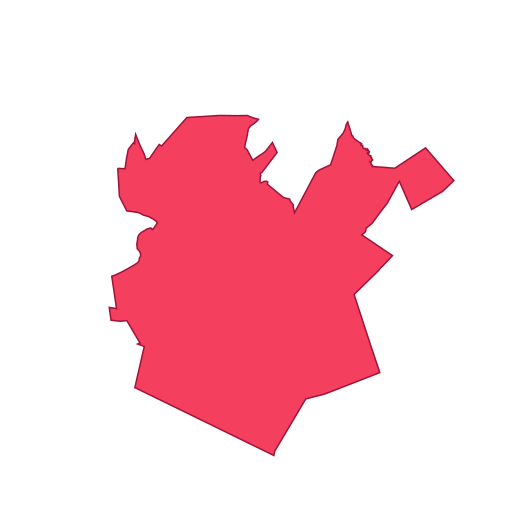 Maravilla Tenejapa, Chiapas, Mexico, rotated 26°
{"feature_id": "50627088B99031968227417", "entity_name": "Maravilla Tenejapa", "entity_type": "district", "adm_level": 2, "iso_a3": "MEX", "parent_name": "Mexico", "parent_adm1": "Chiapas", "projection": "albers", "projection_center": [-91.265, 16.214], "detail": "fine", "context": "isolated", "style": "filled", "palette": "rose", "viewbox_px": 512, "rotation_deg": 26, "n_neighbors": 0, "source": "geoboundaries", "source_scale": "gbopen_adm2", "svg_char_len": 4841}
<svg xmlns="http://www.w3.org/2000/svg" viewBox="0 0 512 512"><g transform="rotate(26 256 256)"><path d="M359.5,427.5L358.4,423.1L363.4,362.6L376.7,351.3L378.2,350.0L379.6,348.5L418.4,306.5L398.7,286.5L361.0,247.6L369.1,225.0L372.6,215.1L373.3,211.6L374.0,210.2L378.5,195.8L366.3,194.1L345.2,191.1L341.8,190.7L343.8,186.3L342.8,182.8L345.0,177.9L346.1,175.6L347.7,166.3L348.6,161.5L350.8,151.1L352.0,127.6L352.2,126.1L375.6,146.0L395.4,116.1L400.8,101.5L361.0,84.5L342.3,116.2L340.3,117.0L338.7,117.7L337.7,118.1L334.1,119.4L329.9,121.1L329.2,121.4L327.4,122.2L321.7,124.4L321.4,124.5L321.4,124.3L321.4,124.1L321.4,123.9L321.2,123.7L319.8,123.2L319.4,123.3L319.1,123.1L319.0,122.8L318.8,122.4L318.6,122.1L318.4,121.9L318.1,121.9L317.7,121.8L317.5,121.7L317.4,121.6L317.5,121.6L317.6,121.4L317.8,121.2L318.0,121.1L318.2,120.8L318.3,120.7L318.2,120.3L318.1,120.2L318.1,119.7L318.3,119.4L318.5,119.2L318.8,118.7L318.7,118.4L318.4,118.3L318.0,118.2L317.8,118.2L317.6,118.1L317.5,117.8L317.3,117.7L317.2,117.4L317.1,117.1L316.8,117.0L316.5,117.0L316.2,116.9L315.8,116.8L315.7,116.6L315.6,116.4L315.6,116.2L315.6,115.9L315.4,115.6L315.2,115.6L314.2,115.9L313.8,116.0L313.5,116.0L313.2,115.9L312.9,115.9L312.9,115.7L312.9,115.4L312.8,115.1L312.7,114.9L312.6,114.7L312.1,114.6L311.9,114.8L311.6,115.1L311.3,115.1L311.2,115.0L311.0,114.9L311.0,114.7L311.2,114.2L311.4,113.9L311.5,113.7L311.8,113.4L312.0,113.3L312.1,113.2L312.3,113.1L312.4,112.9L312.4,112.6L312.2,112.4L310.9,112.2L310.7,112.0L310.4,111.7L310.1,111.4L309.6,111.2L309.8,111.6L309.8,111.8L309.9,112.0L309.8,112.3L309.7,112.5L309.4,112.6L309.0,112.6L308.7,112.6L308.2,112.3L308.1,112.2L308.1,111.9L308.0,111.6L307.9,111.4L307.6,111.4L307.3,111.4L306.8,111.5L306.4,111.9L305.8,112.3L305.6,112.3L305.2,112.1L304.5,111.8L304.2,111.4L304.0,111.0L303.9,110.8L303.9,110.6L303.8,110.4L303.7,110.2L303.3,109.8L303.0,109.8L302.7,109.9L302.6,110.2L302.2,110.3L301.8,110.4L301.8,110.2L301.6,109.9L301.6,109.5L301.5,109.1L301.5,108.7L298.9,108.5L292.4,107.4L290.0,105.5L289.4,105.8L287.0,103.1L284.8,100.7L282.6,98.4L281.9,97.7L280.3,96.0L279.7,95.3L279.6,96.2L279.5,98.7L279.8,99.7L280.4,102.8L280.5,107.1L279.8,110.2L278.7,114.4L278.5,115.2L279.1,117.3L279.7,119.5L280.1,120.6L280.3,121.6L280.5,122.9L280.6,124.0L280.8,125.1L281.0,126.2L281.2,127.3L281.3,128.4L281.4,129.4L281.6,130.5L281.8,131.6L281.9,132.7L282.1,133.8L282.3,135.9L282.5,137.0L282.6,138.1L282.7,139.2L282.9,140.3L283.0,141.4L278.5,146.9L278.2,147.3L276.0,149.9L274.5,152.0L273.2,154.9L271.7,200.2L269.1,197.0L267.5,194.8L267.3,193.8L262.2,191.3L261.5,190.1L257.6,190.9L255.0,191.4L234.7,186.5L234.2,184.4L233.8,184.3L232.8,184.1L232.7,184.3L231.0,185.1L230.5,185.3L229.6,187.0L227.7,188.3L226.4,186.0L225.9,184.5L225.2,183.2L225.2,181.6L224.5,181.2L223.6,179.9L224.0,179.2L224.6,178.7L229.6,153.7L221.0,146.8L219.3,154.5L218.6,157.9L216.5,161.9L215.2,163.9L211.1,171.4L201.3,164.3L198.5,163.7L197.3,160.5L196.3,155.7L195.2,151.2L193.6,145.9L193.5,145.0L193.7,142.9L194.1,141.5L195.1,139.6L196.1,137.9L197.2,135.6L198.0,133.6L198.1,133.1L198.3,132.0L196.2,132.5L193.1,133.0L191.0,133.3L188.4,133.5L186.9,133.4L177.8,138.0L161.5,145.7L160.3,146.4L133.2,161.8L123.3,197.2L122.8,198.5L120.1,198.2L119.7,200.7L118.5,208.4L118.3,209.6L118.2,210.2L118.0,211.3L117.9,212.0L117.5,214.9L116.3,215.9L116.0,216.1L115.9,216.2L114.7,217.5L111.6,214.3L110.6,213.2L102.8,207.0L100.8,205.2L99.2,203.7L98.7,203.3L97.4,202.1L94.5,199.4L95.2,201.9L95.9,204.2L97.6,208.2L96.3,207.8L95.7,210.2L94.5,216.2L96.7,224.6L100.0,235.0L93.8,237.6L93.6,238.3L102.2,253.6L107.1,262.3L109.5,264.1L110.4,264.8L111.2,265.4L112.4,266.3L114.7,268.0L115.6,268.7L116.5,269.4L120.1,272.1L124.1,270.8L125.9,270.2L127.8,269.6L128.5,269.4L130.3,268.8L130.5,268.7L130.8,268.6L131.8,268.5L132.0,268.5L132.7,268.5L133.1,268.5L133.9,268.4L134.0,268.4L135.0,268.4L136.2,268.6L137.5,268.5L138.8,268.3L139.2,268.2L139.5,268.1L140.6,268.0L141.0,267.9L141.6,267.7L142.4,267.7L143.0,267.7L143.7,267.7L144.7,267.8L144.8,267.8L145.9,267.8L146.6,267.8L146.9,267.8L147.0,267.8L148.1,268.0L149.1,268.2L150.2,268.3L151.1,268.5L152.2,269.2L152.8,269.5L152.0,275.1L152.0,275.5L151.9,275.8L151.7,276.6L151.6,277.0L151.4,277.7L149.6,276.9L148.7,277.1L147.5,278.4L146.8,279.0L146.3,279.5L146.0,279.8L145.2,281.2L143.9,283.1L143.2,284.3L142.5,285.4L141.8,287.0L141.4,289.1L141.4,289.6L141.7,291.2L141.7,291.3L142.3,293.0L143.7,297.7L144.3,298.7L144.9,299.5L146.0,301.5L147.5,302.1L149.0,302.7L149.3,302.9L151.3,304.6L152.3,306.8L152.2,309.3L152.8,311.0L153.1,312.4L152.1,314.7L151.2,316.2L149.6,318.8L145.3,325.1L141.2,330.6L137.6,335.0L135.2,337.4L153.7,364.4L146.6,366.5L153.9,377.3L161.4,374.6L162.6,374.2L168.2,370.7L189.9,385.1L188.2,387.0L195.2,386.3L195.3,386.6L204.8,427.4L206.0,427.4L247.6,427.4L282.1,427.4L359.5,427.5Z" fill="#f43f5e" stroke="#9f1239" stroke-width="1.5"/></g></svg>